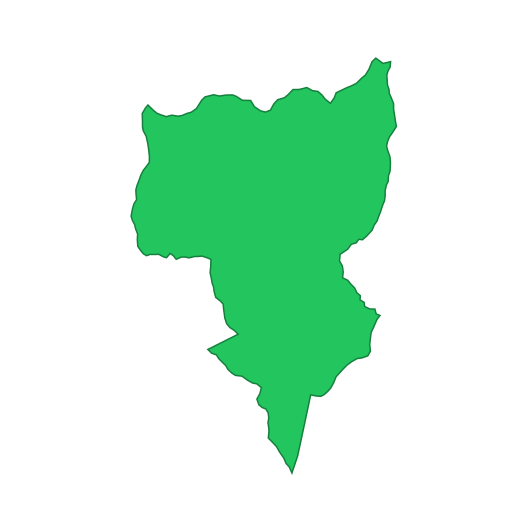 Águas de Santa Bárbara, São Paulo, Brazil, rotated 7°
{"feature_id": "56859067B70027359191444", "entity_name": "Águas de Santa Bárbara", "entity_type": "district", "adm_level": 2, "iso_a3": "BRA", "parent_name": "Brazil", "parent_adm1": "São Paulo", "projection": "mercator", "projection_center": [-49.26, -22.879], "detail": "fine", "context": "isolated", "style": "filled", "palette": "green", "viewbox_px": 512, "rotation_deg": 7, "n_neighbors": 0, "source": "geoboundaries", "source_scale": "gbopen_adm2", "svg_char_len": 2830}
<svg xmlns="http://www.w3.org/2000/svg" viewBox="0 0 512 512"><g transform="rotate(7 256 256)"><path d="M365.9,46.7L358.6,49.4L350.8,45.0L347.5,49.0L345.4,56.8L342.5,63.1L339.2,66.6L334.6,72.4L329.9,75.5L325.1,78.2L315.7,84.2L314.3,89.7L311.2,95.4L305.5,91.8L301.8,88.1L297.4,85.1L291.9,85.0L285.9,82.6L281.9,84.2L278.3,85.5L272.4,86.3L268.5,91.6L265.0,95.4L258.4,98.3L255.1,103.0L252.6,109.4L247.9,112.0L242.9,111.4L236.2,108.0L231.8,102.3L223.5,103.1L216.8,99.9L213.1,99.0L206.6,99.9L200.1,101.7L194.3,101.1L186.0,104.3L183.1,108.0L178.9,116.9L174.3,121.1L169.7,123.1L165.6,125.5L161.7,126.7L155.2,126.5L150.0,128.6L144.5,127.5L140.5,126.5L136.8,124.2L130.3,119.3L128.1,122.9L125.7,128.4L126.9,136.0L127.6,141.6L128.8,145.4L132.5,150.7L135.0,158.0L136.6,163.9L138.1,170.4L138.7,176.1L136.4,180.3L133.7,184.7L131.9,189.6L130.7,195.1L129.4,200.1L128.7,204.9L129.4,209.2L130.6,214.6L128.5,219.1L127.6,224.8L127.2,231.8L129.1,235.9L131.8,239.8L133.1,243.5L135.8,248.6L136.2,254.4L137.5,260.8L141.0,264.8L143.9,267.5L147.2,269.0L150.9,267.3L154.6,266.9L159.4,266.2L163.9,268.0L167.4,268.6L170.5,263.9L174.0,265.8L177.2,269.0L181.9,266.2L185.4,265.7L189.8,266.0L194.7,264.1L198.6,263.5L202.4,262.7L206.7,263.5L211.7,264.8L212.3,271.5L212.5,278.3L214.3,283.3L215.8,288.3L217.6,291.9L218.9,296.7L221.1,302.0L225.9,304.9L229.2,307.6L230.3,312.5L231.3,316.3L232.6,321.4L235.2,326.8L238.8,330.2L243.5,332.5L247.8,335.8L219.6,354.6L223.8,357.9L228.8,359.0L231.5,362.4L236.2,366.1L239.2,368.3L242.0,372.0L246.2,375.1L250.1,377.0L256.7,377.0L263.2,380.5L268.1,382.5L272.4,382.8L277.4,386.0L276.6,392.2L274.3,397.9L277.0,403.3L280.5,405.6L284.5,406.7L287.2,410.3L288.4,415.2L288.2,420.2L289.4,424.3L290.2,428.0L290.4,435.2L294.6,438.5L299.6,442.7L303.7,448.2L308.2,453.2L311.2,458.3L314.6,461.2L318.1,467.0L321.7,449.4L324.5,418.1L327.2,387.2L332.8,387.6L337.4,387.4L340.7,385.1L343.5,381.9L346.2,378.1L348.5,372.4L350.2,366.1L355.5,358.6L359.5,353.3L364.0,349.1L368.8,345.5L373.7,344.2L379.1,341.5L381.2,336.5L379.7,330.2L379.6,324.7L379.6,318.0L381.8,311.1L383.8,304.3L386.3,299.9L382.3,298.8L380.5,294.2L375.4,294.7L370.0,292.9L369.0,288.9L364.6,286.8L364.4,282.7L360.7,280.3L357.8,275.7L353.3,272.1L350.0,268.9L344.6,267.1L344.5,261.2L343.0,255.5L339.5,250.7L339.3,244.1L342.5,241.3L346.2,238.1L349.1,232.8L353.9,230.7L356.0,226.9L359.7,226.9L363.5,222.6L368.1,216.2L369.6,210.8L371.9,206.5L372.8,202.2L374.2,197.1L375.5,190.2L376.8,185.7L376.9,180.7L376.2,175.5L376.8,169.6L378.1,165.8L377.7,160.1L378.7,155.7L378.5,151.5L378.0,146.4L376.8,141.0L373.9,135.3L372.2,131.1L372.7,126.1L373.9,121.6L375.8,118.1L377.7,114.3L379.6,110.3L378.1,105.7L376.4,99.4L374.8,93.9L373.9,87.8L370.6,81.8L368.5,78.4L367.7,74.4L365.7,70.4L364.8,65.6L363.8,60.6L364.4,56.6L366.1,52.1L365.9,46.7Z" fill="#22c55e" stroke="#15803d" stroke-width="1.5"/></g></svg>